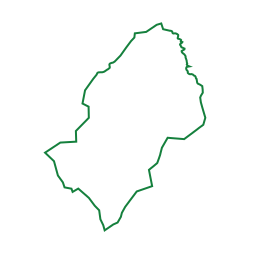 outline of Caxir, Arhangay, Mongolia, rotated 155°
{"feature_id": "93677404B64236093980900", "entity_name": "Caxir", "entity_type": "district", "adm_level": 2, "iso_a3": "MNG", "parent_name": "Mongolia", "parent_adm1": "Arhangay", "projection": "albers", "projection_center": [98.445, 47.977], "detail": "fine", "context": "isolated", "style": "outline", "palette": "green", "viewbox_px": 256, "rotation_deg": 155, "n_neighbors": 0, "source": "geoboundaries", "source_scale": "gbopen_adm2", "svg_char_len": 2207}
<svg xmlns="http://www.w3.org/2000/svg" viewBox="0 0 256 256"><g transform="rotate(155 128 128)"><path d="M211.6,114.6L210.0,106.2L210.6,101.0L204.9,96.9L205.2,93.5L198.7,94.1L193.0,81.2L191.0,71.6L188.9,65.6L191.6,56.9L191.5,50.4L192.4,45.1L182.1,46.8L181.9,46.8L177.4,46.7L172.0,50.5L169.4,53.7L163.9,57.7L157.6,61.1L146.9,66.8L130.7,65.1L128.6,73.6L126.7,81.2L124.0,81.9L122.7,82.2L121.5,82.5L121.4,82.5L116.3,83.9L112.5,87.7L110.3,90.0L108.8,91.9L105.5,95.9L105.3,96.0L105.0,96.2L96.2,102.4L92.4,100.2L89.2,98.4L81.8,94.2L77.0,95.2L66.0,97.5L65.2,97.7L64.7,97.8L63.5,98.1L58.4,99.1L53.6,104.6L52.0,115.1L51.1,120.5L50.3,123.1L49.7,125.1L48.2,126.5L45.3,128.4L44.0,131.5L43.0,134.6L44.3,136.7L45.1,137.7L46.0,138.8L46.1,139.4L46.1,140.0L45.1,143.5L45.4,144.0L45.4,144.4L45.2,145.3L45.1,146.1L45.4,147.0L45.8,147.4L46.1,147.7L46.6,149.0L47.2,149.6L47.8,150.1L49.1,150.5L49.9,151.3L50.4,152.3L50.5,152.7L50.3,153.2L49.9,154.1L50.0,154.7L50.4,156.1L50.2,157.2L49.7,158.0L49.0,158.5L47.8,158.3L46.4,157.9L47.3,158.9L47.9,160.2L47.9,160.7L47.4,161.2L47.1,161.4L47.0,162.3L46.8,163.1L46.4,164.2L46.1,166.5L46.1,167.4L45.5,168.7L45.5,168.9L45.8,170.9L46.5,172.2L47.0,173.4L47.1,174.4L46.8,175.1L44.8,175.3L43.7,175.4L43.4,175.7L43.2,176.1L43.9,176.8L44.6,177.8L45.4,178.5L45.5,179.5L45.4,180.3L45.6,181.1L45.6,181.6L45.1,182.1L44.3,182.2L43.5,182.4L42.6,182.7L42.4,182.9L42.8,183.3L43.4,183.6L43.7,183.9L43.6,184.2L43.1,184.8L42.7,185.2L42.8,185.7L43.6,186.7L44.1,187.2L44.8,187.7L45.0,188.0L45.0,188.5L44.6,189.0L43.6,190.2L43.2,191.2L43.7,192.3L44.6,193.4L45.3,193.9L46.4,194.3L47.0,194.5L47.4,195.0L47.4,195.9L47.2,196.4L47.3,197.1L48.0,197.9L48.4,198.2L48.9,198.4L54.4,202.7L53.7,208.7L58.4,209.4L70.9,207.4L81.8,210.9L84.0,207.3L88.5,205.5L95.6,201.7L104.2,196.8L112.1,193.8L114.2,193.6L115.0,193.9L115.9,194.0L117.1,194.0L117.6,193.8L118.1,193.3L118.3,192.7L118.7,191.1L119.0,190.5L119.3,190.2L120.6,189.9L121.3,189.7L122.1,189.7L123.9,189.4L125.6,189.1L127.5,189.3L129.5,190.2L131.3,190.9L132.3,190.9L134.1,189.5L138.8,187.2L151.0,180.3L158.9,169.4L154.7,164.0L159.2,153.8L176.5,147.3L180.7,137.5L195.5,143.4L213.6,140.7L209.1,129.2L211.6,114.6Z" fill="none" stroke="#15803d" stroke-width="2"/></g></svg>